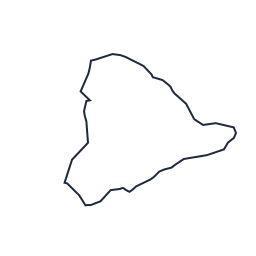 the district of Bayanbulag, Bayanhongor, Mongolia, rotated 232°
{"feature_id": "93677404B76460222256412", "entity_name": "Bayanbulag", "entity_type": "district", "adm_level": 2, "iso_a3": "MNG", "parent_name": "Mongolia", "parent_adm1": "Bayanhongor", "projection": "mercator", "projection_center": [98.047, 46.872], "detail": "fine", "context": "isolated", "style": "outline", "palette": "slate", "viewbox_px": 256, "rotation_deg": 232, "n_neighbors": 0, "source": "geoboundaries", "source_scale": "gbopen_adm2", "svg_char_len": 1040}
<svg xmlns="http://www.w3.org/2000/svg" viewBox="0 0 256 256"><g transform="rotate(232 128 128)"><path d="M203.9,140.3L198.9,134.9L195.2,130.2L186.0,113.2L173.3,115.0L174.9,111.8L168.4,103.8L164.4,101.5L158.9,99.3L141.0,87.4L137.5,64.4L123.9,44.3L121.7,46.0L105.2,48.1L93.2,46.9L92.1,48.9L90.3,51.0L87.2,61.1L89.7,76.1L84.9,84.2L84.8,84.7L84.5,85.6L84.2,86.6L83.9,87.0L83.3,87.3L82.6,87.7L81.6,87.9L80.8,88.0L79.9,88.5L79.2,88.8L78.3,89.1L76.8,89.9L76.6,93.5L77.0,98.5L73.6,114.1L73.5,118.2L74.4,125.9L72.9,131.3L70.0,137.9L70.0,142.9L69.2,153.0L58.0,173.5L52.1,190.4L55.0,197.9L55.0,205.4L57.6,210.0L63.4,211.7L77.8,200.1L84.2,189.0L94.2,185.6L111.4,188.7L126.6,185.9L127.5,186.0L127.9,186.0L128.4,185.9L128.9,186.0L130.1,186.0L131.6,186.3L133.3,186.6L134.3,186.9L135.0,186.8L135.9,186.7L137.4,186.4L139.2,186.0L141.3,185.5L142.6,185.2L143.6,185.0L144.2,184.8L145.4,184.1L146.8,183.1L152.8,178.8L155.7,179.5L167.3,178.4L185.6,169.8L190.2,166.8L195.8,161.3L202.2,143.8L203.9,140.3Z" fill="none" stroke="#1e293b" stroke-width="2"/></g></svg>